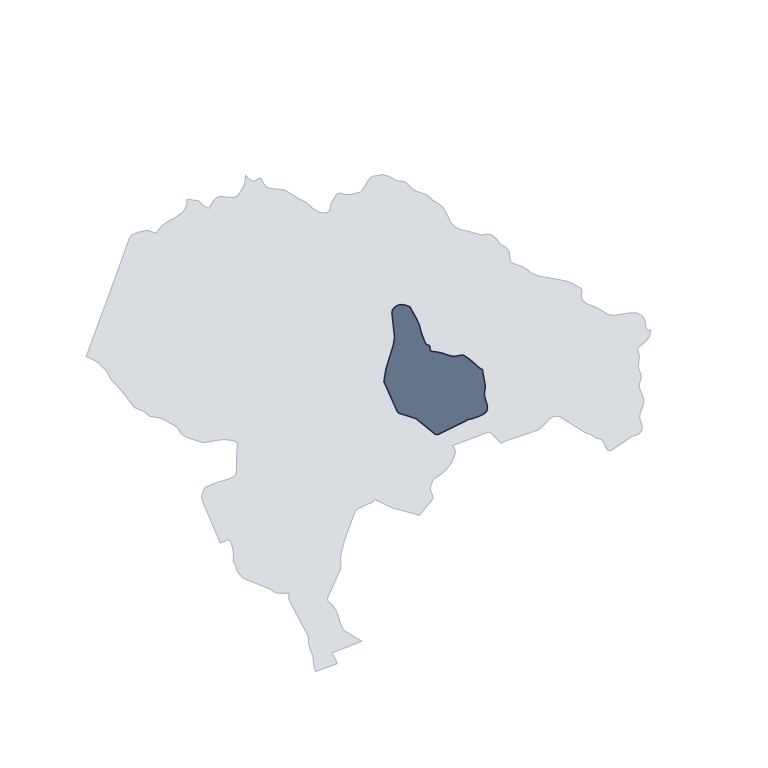 South Sudan, with Warrap highlighted, rotated 159°
{"feature_id": "SDS-872", "entity_name": "Warrap", "entity_type": "State", "adm_level": 1, "iso_a3": "SSD", "parent_name": "South Sudan", "parent_adm1": "", "projection": "natural_earth1", "projection_center": [28.523, 7.841], "detail": "fine", "context": "in_parent", "style": "filled", "palette": "slate", "viewbox_px": 768, "rotation_deg": 159, "n_neighbors": 0, "source": "natural_earth", "source_scale": "10m", "svg_char_len": 4637}
<svg xmlns="http://www.w3.org/2000/svg" viewBox="0 0 768 768"><g transform="rotate(159 384 384)"><path d="M589.9,587.6L570.3,610.4L568.9,611.8L566.5,613.6L558.5,613.6L550.3,612.5L542.7,606.6L535.0,611.1L530.1,612.6L527.2,613.1L520.4,613.9L510.8,616.3L506.4,619.4L504.0,621.8L502.1,626.3L501.1,626.7L499.4,626.2L496.9,624.4L491.7,621.8L489.1,616.1L486.7,612.7L484.8,610.9L476.6,616.6L472.7,617.9L469.4,617.7L463.5,614.5L457.0,611.8L453.6,611.9L448.6,615.2L442.8,620.3L439.9,625.4L438.4,628.3L436.4,623.7L434.5,620.9L431.7,619.8L426.3,620.9L425.0,619.3L424.7,615.4L423.9,611.8L422.5,609.1L418.3,606.4L407.3,600.9L399.0,589.9L394.7,584.9L391.7,581.6L387.3,573.0L382.3,567.0L376.3,564.3L372.3,565.7L368.2,572.0L360.5,578.0L356.9,578.2L352.4,574.9L346.7,572.6L336.4,571.6L332.2,574.5L326.7,579.0L322.0,581.7L319.1,582.0L316.4,581.0L313.3,580.4L310.6,580.3L305.1,576.1L302.3,573.1L300.4,570.1L297.3,568.1L293.7,566.4L291.1,563.8L289.8,560.5L287.8,556.3L285.1,552.6L276.8,545.8L274.3,541.7L272.5,537.8L269.1,533.5L265.5,527.7L264.3,519.3L264.1,512.5L263.4,509.3L261.8,506.2L260.0,503.5L257.1,500.5L250.3,496.1L243.3,491.1L239.9,488.1L233.5,487.0L229.7,484.1L226.5,477.8L225.2,472.7L221.9,468.7L220.5,465.8L219.8,462.5L222.3,452.5L218.6,448.9L213.1,444.3L209.1,439.2L206.7,434.6L199.6,428.4L184.0,419.3L175.1,413.4L170.2,408.1L165.9,403.0L165.5,400.9L168.3,395.7L168.7,391.5L166.5,386.9L157.2,378.1L149.8,368.4L144.2,365.4L130.6,362.7L126.8,361.6L122.7,359.8L118.7,355.4L117.4,350.3L119.4,342.1L118.1,339.5L115.8,338.9L116.5,337.1L119.0,333.1L123.2,330.5L134.4,326.5L135.0,324.9L135.3,319.8L136.2,317.2L140.0,310.1L140.6,307.3L140.8,301.2L141.3,298.3L142.4,296.3L145.5,292.8L146.6,290.6L147.0,286.0L146.7,276.8L148.3,273.1L155.4,264.8L157.3,261.1L157.9,257.7L157.8,254.3L158.3,251.0L160.4,247.7L162.2,246.7L167.3,245.7L170.9,246.3L195.5,240.6L198.4,241.4L199.7,244.8L199.6,250.2L200.0,252.8L201.3,254.7L205.3,257.2L208.0,261.5L209.4,263.1L213.4,266.1L231.7,290.7L236.9,293.0L241.9,292.2L251.9,287.1L256.9,285.8L291.8,287.2L295.7,286.5L295.9,286.6L301.2,298.9L303.8,301.7L342.1,301.9L341.3,298.4L341.8,294.4L348.6,286.9L349.5,286.0L355.4,282.4L361.2,279.9L372.3,277.1L376.4,272.7L378.6,268.6L378.7,260.5L380.1,259.2L382.8,257.3L395.6,250.1L397.8,248.6L420.5,265.3L433.2,278.6L434.0,279.2L434.7,279.5L435.4,279.0L435.9,278.4L437.5,277.8L442.9,277.6L453.2,277.0L456.6,275.4L477.2,251.8L482.5,244.2L483.8,242.7L486.8,237.3L489.9,228.1L490.5,227.1L513.1,204.9L513.9,203.2L514.1,201.8L510.7,194.3L509.9,190.5L509.8,184.7L510.4,175.7L510.1,169.9L509.8,168.4L509.7,168.1L497.0,151.8L528.9,151.6L528.9,149.5L528.8,148.9L528.2,146.9L527.9,144.3L527.9,142.9L528.1,141.6L528.1,140.8L528.0,140.2L528.0,139.9L528.1,139.7L551.0,140.0L550.8,144.6L548.0,155.4L548.1,161.9L547.5,169.3L546.7,171.5L545.5,173.3L545.2,174.2L545.1,175.0L550.1,216.6L549.7,218.3L548.5,220.9L548.1,221.7L548.1,222.4L548.6,222.8L559.2,227.3L559.7,227.6L560.1,228.0L563.9,233.3L584.9,253.0L585.6,254.0L587.8,260.2L588.0,261.1L588.1,262.6L588.0,263.8L587.5,267.5L587.7,269.1L588.1,270.2L588.4,271.5L588.4,271.9L588.2,272.8L585.1,280.0L584.1,285.1L583.8,289.3L584.0,291.8L584.4,293.4L584.7,294.0L585.0,294.3L594.0,294.3L593.9,296.6L595.3,334.0L595.3,338.3L595.0,343.5L593.9,345.6L591.4,348.6L588.2,351.3L580.1,352.0L573.3,351.9L568.5,351.3L562.0,351.0L555.8,351.6L553.6,353.9L545.5,373.8L543.0,378.8L542.3,381.7L543.1,383.5L546.3,386.0L553.3,389.5L561.3,391.6L567.3,392.5L571.4,393.4L574.5,394.5L585.9,403.6L589.6,407.7L591.6,411.5L592.1,415.4L593.8,419.4L604.2,431.9L614.1,437.7L617.9,444.4L621.6,447.6L625.0,451.1L626.9,456.2L631.3,471.2L634.2,479.1L637.1,485.5L638.4,495.9L640.7,500.6L643.1,506.3L647.1,511.4L651.4,515.4L652.2,516.4L609.4,565.2L589.9,587.6Z" fill="#d9dde1" stroke="#a8b0b8" stroke-width="1"/><path d="M319.4,320.7L319.9,320.6L320.6,320.2L341.6,318.4L351.4,317.4L354.1,318.5L366.5,340.2L380.2,351.1L381.0,352.3L381.5,353.5L383.3,386.1L377.0,397.1L361.2,417.3L358.1,422.6L357.2,424.7L351.3,447.1L350.7,448.4L349.7,449.9L348.3,450.9L346.7,451.7L345.0,452.2L343.3,452.4L341.7,452.5L340.0,452.2L336.2,450.4L332.2,446.8L330.3,434.0L329.8,427.1L330.7,418.3L330.8,409.2L330.6,407.0L330.0,405.6L328.1,403.9L327.7,402.8L327.9,401.7L328.5,400.3L328.6,398.8L327.9,397.5L326.3,396.5L324.3,395.7L318.2,391.8L314.2,388.2L310.7,385.8L308.4,384.6L301.1,383.2L300.1,382.7L299.4,382.1L298.3,380.9L295.3,376.5L289.1,364.7L286.9,362.1L290.1,346.0L291.1,343.5L292.6,341.3L293.9,338.3L294.6,335.8L295.2,327.3L296.2,324.0L297.2,322.5L298.2,321.6L299.5,320.9L301.6,320.3L307.1,319.7L315.3,320.1L315.8,320.2L319.0,320.7L319.4,320.7Z" fill="#64748b" stroke="#1e293b" stroke-width="1.5"/></g></svg>